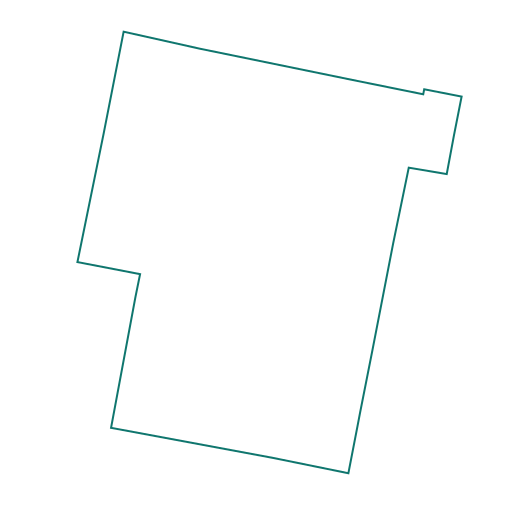 Searcy, Arkansas, United States of America, rotated 100°
{"feature_id": "52423323B68160313903633", "entity_name": "Searcy", "entity_type": "district", "adm_level": 2, "iso_a3": "USA", "parent_name": "United States of America", "parent_adm1": "Arkansas", "projection": "robinson", "projection_center": [-92.707, 35.917], "detail": "fine", "context": "isolated", "style": "outline", "palette": "teal", "viewbox_px": 512, "rotation_deg": 100, "n_neighbors": 0, "source": "geoboundaries", "source_scale": "gbopen_adm2", "svg_char_len": 409}
<svg xmlns="http://www.w3.org/2000/svg" viewBox="0 0 512 512"><g transform="rotate(100 256 256)"><path d="M450.4,368.9L451.9,203.9L453.9,127.3L406.1,126.5L392.0,126.3L329.3,125.0L219.6,123.1L142.5,120.9L142.2,82.4L102.8,82.0L63.3,81.2L62.6,119.3L67.7,119.4L65.9,191.4L61.6,347.4L58.1,425.3L162.0,427.3L293.0,430.8L294.0,367.0L317.1,367.6L450.4,368.9Z" fill="none" stroke="#0f766e" stroke-width="2"/></g></svg>